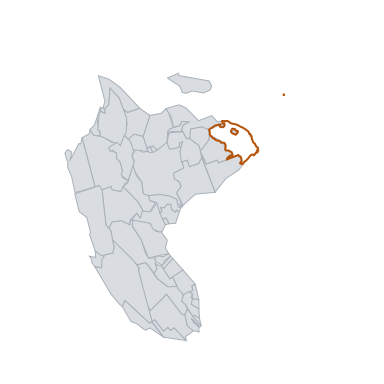 Africa, with South Africa highlighted, rotated 252°
{"feature_id": "ZAF", "entity_name": "South Africa", "entity_type": "country or territory", "adm_level": 0, "iso_a3": "ZAF", "parent_name": "Africa", "parent_adm1": "", "projection": "albers", "projection_center": [25.295, -34.555], "detail": "fine", "context": "in_parent", "style": "outline", "palette": "amber", "viewbox_px": 384, "rotation_deg": 252, "n_neighbors": 49, "source": "natural_earth", "source_scale": "50m", "svg_char_len": 14658}
<svg xmlns="http://www.w3.org/2000/svg" viewBox="0 0 384 384"><g transform="rotate(252 192 192)"><path d="M259.9,162.6L277.9,175.6L276.3,186.9L279.4,193.0L276.4,194.3L259.4,194.3L257.2,187.6L247.0,183.7L243.4,178.0L242.6,171.9L247.9,168.8L247.0,162.3L259.9,162.6Z" fill="#d9dde1" stroke="#a8b0b8" stroke-width="1"/><path d="M81.1,114.0L82.2,117.1L68.6,121.9L70.8,127.2L67.1,128.9L68.5,133.1L52.5,140.6L62.6,120.2L81.1,114.0Z" fill="#d9dde1" stroke="#a8b0b8" stroke-width="1"/><path d="M242.6,171.9L247.0,183.7L240.0,183.9L238.5,193.9L242.6,195.2L242.8,198.6L234.4,193.2L217.4,191.7L215.5,180.2L209.7,179.4L206.1,182.8L200.7,183.4L196.2,177.2L181.5,178.5L186.1,174.1L189.7,175.1L194.4,170.3L199.6,160.8L202.1,147.6L205.5,145.1L217.0,147.3L229.4,143.8L236.1,143.9L240.1,146.7L245.1,146.0L250.3,152.9L245.2,157.2L242.6,171.9Z" fill="#d9dde1" stroke="#a8b0b8" stroke-width="1"/><path d="M287.7,168.2L287.5,155.2L292.5,151.9L303.6,151.8L316.1,146.1L300.7,139.8L297.0,135.4L299.7,133.5L305.0,137.2L331.5,138.9L324.9,147.9L313.6,156.1L287.7,168.2Z" fill="#d9dde1" stroke="#a8b0b8" stroke-width="1"/><path d="M277.9,175.6L259.9,162.6L264.8,154.9L261.5,148.0L266.8,145.0L277.0,151.5L291.3,152.6L287.5,155.2L287.7,168.2L277.9,175.6Z" fill="#d9dde1" stroke="#a8b0b8" stroke-width="1"/><path d="M225.2,135.7L222.2,134.6L220.8,133.9L221.1,130.9L214.4,124.5L218.7,116.6L222.2,116.7L221.9,106.1L226.8,106.0L226.8,101.4L277.6,104.2L279.2,112.4L282.9,114.4L276.1,116.1L272.8,124.2L264.0,131.0L262.4,136.0L258.2,126.3L252.2,132.3L246.9,130.7L242.7,132.9L233.9,132.5L227.2,130.3L222.5,134.7L225.2,135.7Z" fill="#d9dde1" stroke="#a8b0b8" stroke-width="1"/><path d="M221.9,107.1L222.2,116.7L218.7,116.6L214.4,124.5L218.3,128.2L199.2,137.7L188.8,139.8L183.0,134.7L188.8,133.0L184.5,124.7L179.9,122.6L186.3,116.2L188.2,107.0L183.1,101.7L187.4,100.0L221.9,107.1Z" fill="#d9dde1" stroke="#a8b0b8" stroke-width="1"/><path d="M238.5,248.9L235.9,254.0L232.9,251.8L236.0,248.5L238.5,248.9Z" fill="#d9dde1" stroke="#a8b0b8" stroke-width="1"/><path d="M246.1,227.4L236.5,224.5L228.0,212.4L233.6,213.1L244.3,205.7L252.4,210.0L251.0,221.4L246.1,227.4Z" fill="#d9dde1" stroke="#a8b0b8" stroke-width="1"/><path d="M240.7,226.6L229.1,237.3L222.2,236.7L217.3,241.6L215.2,242.0L212.0,235.4L211.5,226.0L214.5,225.7L214.1,214.3L228.0,212.4L236.5,224.5L240.7,226.6Z" fill="#d9dde1" stroke="#a8b0b8" stroke-width="1"/><path d="M211.5,226.0L212.6,247.5L208.7,249.6L203.8,246.8L202.5,248.6L198.8,244.0L194.3,228.2L184.6,213.9L227.4,211.9L214.1,214.3L214.5,225.7L211.5,226.0Z" fill="#d9dde1" stroke="#a8b0b8" stroke-width="1"/><path d="M61.1,156.6L56.6,155.5L60.5,149.0L66.3,146.2L77.4,147.1L81.9,151.3L62.5,159.4L61.1,157.8L72.0,152.3L61.1,156.6Z" fill="#d9dde1" stroke="#a8b0b8" stroke-width="1"/><path d="M81.9,151.3L77.4,147.1L78.6,144.6L102.5,136.1L92.1,116.0L98.4,113.9L135.0,116.9L135.4,118.4L139.9,117.2L139.1,126.3L120.6,132.2L110.0,139.1L106.9,148.4L97.0,152.1L91.1,148.4L87.5,150.9L81.9,151.3Z" fill="#d9dde1" stroke="#a8b0b8" stroke-width="1"/><path d="M52.5,140.6L68.5,133.1L67.1,128.9L70.8,127.2L68.6,121.9L82.2,117.1L81.1,114.0L98.4,113.9L92.1,116.0L102.5,136.1L78.6,144.6L77.4,147.1L66.3,146.2L59.5,150.3L56.5,141.2L52.5,140.6Z" fill="#d9dde1" stroke="#a8b0b8" stroke-width="1"/><path d="M140.6,150.8L137.6,151.8L135.0,144.2L130.7,141.6L137.8,135.2L142.4,138.2L139.4,144.8L140.6,150.8Z" fill="#d9dde1" stroke="#a8b0b8" stroke-width="1"/><path d="M183.1,101.7L188.2,107.0L186.3,116.2L179.9,122.6L184.5,124.7L183.0,127.0L178.3,124.7L162.1,129.0L147.3,128.9L142.1,130.9L141.1,136.0L130.2,135.3L126.4,130.9L139.1,126.3L139.9,117.2L170.8,101.7L180.2,102.8L183.1,101.7Z" fill="#d9dde1" stroke="#a8b0b8" stroke-width="1"/><path d="M140.6,150.8L143.0,130.1L162.1,129.0L178.3,124.7L184.7,127.9L175.1,142.6L165.6,145.5L163.5,150.5L153.9,153.6L146.9,149.4L140.6,150.8Z" fill="#d9dde1" stroke="#a8b0b8" stroke-width="1"/><path d="M184.2,125.9L188.8,133.0L183.0,134.7L189.3,139.0L186.4,147.4L192.8,155.3L169.0,156.6L163.6,151.2L164.2,148.4L168.8,143.4L175.1,142.6L184.2,125.9Z" fill="#d9dde1" stroke="#a8b0b8" stroke-width="1"/><path d="M130.9,140.1L137.6,151.8L134.7,153.1L127.3,141.8L130.9,140.1Z" fill="#d9dde1" stroke="#a8b0b8" stroke-width="1"/><path d="M127.4,140.9L134.7,153.1L120.6,159.4L115.9,144.1L127.4,140.9Z" fill="#d9dde1" stroke="#a8b0b8" stroke-width="1"/><path d="M97.0,152.1L103.7,149.0L117.3,147.3L120.6,159.4L103.2,166.6L102.6,162.9L98.1,162.3L97.0,152.1Z" fill="#d9dde1" stroke="#a8b0b8" stroke-width="1"/><path d="M73.5,154.2L87.5,150.9L91.1,148.4L97.0,152.1L98.2,158.7L95.1,160.9L92.0,158.5L89.4,160.0L85.5,156.6L78.7,162.5L69.6,160.1L73.5,154.2Z" fill="#d9dde1" stroke="#a8b0b8" stroke-width="1"/><path d="M62.5,159.4L73.5,154.2L74.0,156.1L69.6,160.1L62.5,159.4Z" fill="#d9dde1" stroke="#a8b0b8" stroke-width="1"/><path d="M97.7,158.9L98.1,162.3L102.6,162.9L103.2,166.6L87.4,165.2L90.4,159.5L95.1,160.9L97.7,158.9Z" fill="#d9dde1" stroke="#a8b0b8" stroke-width="1"/><path d="M78.7,162.5L85.5,156.6L90.4,159.5L87.4,165.2L78.7,162.5Z" fill="#d9dde1" stroke="#a8b0b8" stroke-width="1"/><path d="M106.9,148.4L109.1,140.0L120.6,132.2L126.4,130.9L130.2,135.3L134.9,134.8L130.9,140.1L115.9,144.1L117.3,147.3L106.9,148.4Z" fill="#d9dde1" stroke="#a8b0b8" stroke-width="1"/><path d="M236.1,143.9L224.6,144.2L217.0,147.3L205.5,145.1L201.9,149.5L196.8,149.3L192.9,153.7L186.1,145.5L188.8,139.8L199.2,137.7L218.3,128.2L220.8,133.9L236.1,143.9Z" fill="#d9dde1" stroke="#a8b0b8" stroke-width="1"/><path d="M201.9,149.5L199.6,160.8L194.4,170.3L189.7,175.1L182.5,174.3L180.2,176.4L176.9,173.7L179.4,171.7L177.8,170.0L181.5,167.1L186.8,168.0L188.0,164.5L185.4,160.8L186.7,157.4L182.9,157.5L181.8,154.9L192.8,155.3L196.8,149.3L201.9,149.5Z" fill="#d9dde1" stroke="#a8b0b8" stroke-width="1"/><path d="M175.1,155.8L181.4,154.8L182.9,157.5L186.7,157.4L185.4,160.8L188.0,164.5L186.8,168.0L181.5,167.1L177.8,170.0L179.4,171.7L176.9,173.7L167.3,166.7L168.9,160.3L175.6,159.1L175.1,155.8Z" fill="#d9dde1" stroke="#a8b0b8" stroke-width="1"/><path d="M169.0,156.6L175.1,155.8L175.6,159.1L168.9,160.3L169.0,156.6Z" fill="#d9dde1" stroke="#a8b0b8" stroke-width="1"/><path d="M247.0,183.7L255.4,188.3L252.6,200.6L254.3,201.5L244.1,203.5L244.3,205.7L233.6,213.1L221.4,211.8L217.0,207.3L216.8,197.3L223.8,197.2L223.3,191.1L234.4,193.2L242.8,198.6L242.6,195.2L238.5,193.9L239.0,185.8L241.0,183.6L247.0,183.7Z" fill="#d9dde1" stroke="#a8b0b8" stroke-width="1"/><path d="M253.9,186.8L258.9,190.1L258.8,200.7L262.3,204.2L259.5,210.9L258.2,203.9L252.6,200.6L256.0,190.9L253.9,186.8Z" fill="#d9dde1" stroke="#a8b0b8" stroke-width="1"/><path d="M259.4,194.3L269.2,195.5L279.4,193.0L278.9,206.6L273.7,212.3L257.8,220.3L258.5,234.4L250.9,237.8L250.0,242.3L247.8,242.1L246.1,227.4L251.0,221.4L252.4,210.0L244.5,206.9L244.1,203.5L254.3,201.5L258.2,203.9L259.5,210.9L262.3,204.2L258.8,200.7L259.4,194.3Z" fill="#d9dde1" stroke="#a8b0b8" stroke-width="1"/><path d="M247.8,242.1L245.4,243.7L243.8,241.9L245.0,238.6L247.8,242.1Z" fill="#d9dde1" stroke="#a8b0b8" stroke-width="1"/><path d="M180.2,176.4L182.8,175.9L181.5,178.5L180.2,176.4ZM182.1,179.3L196.2,177.2L200.7,183.4L206.1,182.8L209.7,179.4L215.5,180.2L217.4,191.7L223.7,192.0L223.8,197.2L216.8,197.3L217.0,207.3L221.4,211.8L184.6,213.9L188.9,194.4L182.1,179.3Z" fill="#d9dde1" stroke="#a8b0b8" stroke-width="1"/><path d="M247.0,166.0L247.9,168.8L242.6,171.9L241.7,167.0L247.0,166.0Z" fill="#d9dde1" stroke="#a8b0b8" stroke-width="1"/><path d="M308.0,203.9L309.1,215.9L306.8,215.4L292.4,242.5L287.0,243.5L283.4,240.8L282.7,233.4L288.0,223.4L287.7,216.8L289.9,213.4L296.1,213.2L308.0,203.9Z" fill="#d9dde1" stroke="#a8b0b8" stroke-width="1"/><path d="M61.1,157.8L67.0,153.3L72.0,152.3L61.1,157.8Z" fill="#d9dde1" stroke="#a8b0b8" stroke-width="1"/><path d="M157.7,88.6L147.8,82.6L150.9,76.5L155.7,75.0L158.9,75.7L162.7,74.5L159.5,80.2L165.8,81.7L157.7,88.6Z" fill="#d9dde1" stroke="#a8b0b8" stroke-width="1"/><path d="M81.1,114.0L80.1,111.1L109.6,94.7L104.3,90.3L108.3,88.1L119.7,83.5L150.9,76.5L147.8,82.6L155.3,85.3L159.4,90.2L158.4,97.6L163.2,100.7L170.8,101.7L145.5,114.9L135.4,118.4L135.0,116.9L81.1,114.0Z" fill="#d9dde1" stroke="#a8b0b8" stroke-width="1"/><path d="M273.7,122.1L276.1,116.1L282.9,114.4L285.8,119.9L300.0,130.3L297.0,130.2L288.4,123.8L273.7,122.1Z" fill="#d9dde1" stroke="#a8b0b8" stroke-width="1"/><path d="M62.6,120.2L75.6,110.2L75.0,104.8L84.2,98.4L87.5,94.0L104.3,90.3L109.6,94.7L80.1,111.1L81.0,113.4L62.6,120.2Z" fill="#d9dde1" stroke="#a8b0b8" stroke-width="1"/><path d="M277.6,104.2L226.8,101.4L227.5,80.6L244.3,82.3L253.6,81.3L257.9,82.9L268.2,83.1L270.8,86.9L267.1,90.1L259.3,85.4L273.0,99.3L272.1,101.0L277.6,104.2Z" fill="#d9dde1" stroke="#a8b0b8" stroke-width="1"/><path d="M226.4,79.9L226.8,106.0L221.9,107.1L187.4,100.0L180.2,102.8L163.2,100.7L158.4,97.6L159.5,86.2L165.8,81.7L182.9,81.4L185.1,83.0L200.3,84.1L208.0,78.7L226.4,79.9Z" fill="#d9dde1" stroke="#a8b0b8" stroke-width="1"/><path d="M316.1,146.1L303.6,151.8L282.4,152.7L269.8,148.2L258.2,138.1L273.7,122.1L278.4,123.2L279.9,121.5L294.4,127.4L297.0,130.2L294.0,133.6L298.0,134.6L300.7,139.8L316.1,146.1Z" fill="#d9dde1" stroke="#a8b0b8" stroke-width="1"/><path d="M297.0,130.2L300.8,131.3L298.0,134.6L294.0,133.6L297.0,130.2Z" fill="#d9dde1" stroke="#a8b0b8" stroke-width="1"/><path d="M259.9,162.6L243.9,162.7L250.8,148.5L261.5,148.0L263.1,150.1L264.8,154.9L259.9,162.6Z" fill="#d9dde1" stroke="#a8b0b8" stroke-width="1"/><path d="M247.0,162.3L248.1,165.7L241.7,167.0L242.8,163.5L247.0,162.3Z" fill="#d9dde1" stroke="#a8b0b8" stroke-width="1"/><path d="M249.2,149.2L245.1,146.0L238.4,146.3L222.5,134.7L230.0,130.0L233.9,132.5L242.7,132.9L246.9,130.7L252.2,132.3L256.6,129.2L255.5,126.8L260.1,126.6L262.4,136.0L258.2,138.1L266.8,145.0L259.0,149.1L249.2,149.2Z" fill="#d9dde1" stroke="#a8b0b8" stroke-width="1"/><path d="M240.5,226.9L241.4,226.8L242.2,226.9L243.0,227.3L243.8,227.5L244.6,227.4L245.2,227.4L245.7,227.5L246.1,227.7L246.3,227.9L246.3,228.0L246.5,228.6L246.7,229.3L246.8,229.9L246.9,230.7L246.9,231.2L246.9,231.4L247.1,231.6L247.3,232.0L247.3,232.3L247.6,232.8L247.7,233.3L247.8,233.9L248.0,234.2L248.0,234.4L248.0,234.7L248.0,235.2L247.9,235.9L247.9,236.6L247.9,237.3L247.8,237.6L247.8,238.5L247.6,238.9L247.6,239.3L247.6,239.5L247.4,239.6L246.7,239.2L246.1,238.7L245.8,238.7L245.5,239.0L245.1,239.4L244.9,239.8L244.6,240.2L244.2,240.8L244.1,241.5L244.1,241.9L244.1,242.0L244.3,242.1L244.5,242.5L244.8,243.1L245.4,243.6L245.9,243.8L246.7,243.9L247.3,243.9L247.3,243.5L247.4,242.8L247.6,242.3L247.8,242.4L248.1,242.4L248.6,242.5L249.0,242.6L249.3,242.6L249.8,242.6L250.1,242.6L250.0,243.4L249.5,244.5L249.3,245.0L248.8,247.0L248.3,247.9L248.0,248.3L247.2,249.0L246.8,249.2L246.5,249.2L245.1,250.6L244.6,251.3L244.2,252.3L243.7,252.8L243.1,254.0L242.5,254.9L241.9,255.7L241.0,256.8L240.6,257.1L240.3,257.2L239.6,257.9L238.6,258.9L237.8,259.9L236.7,260.9L236.0,261.4L235.0,262.3L234.7,262.4L233.6,263.3L232.9,263.8L231.6,264.4L231.1,264.5L229.9,264.4L229.4,264.5L229.0,264.8L229.0,265.4L228.8,265.4L228.5,265.4L227.7,265.2L227.3,265.2L227.0,265.5L226.8,265.9L226.2,265.9L225.1,265.5L223.8,265.3L223.5,265.3L222.8,265.6L222.6,265.6L221.7,265.6L221.2,265.4L220.7,265.5L220.3,265.6L219.9,265.7L218.7,266.7L218.1,266.7L217.5,266.9L217.3,266.9L216.8,266.8L216.6,266.8L216.3,266.9L216.0,267.0L215.4,267.2L215.1,267.3L214.1,268.3L213.8,268.3L213.6,268.2L213.0,268.2L212.3,267.8L212.1,267.8L212.2,267.7L212.2,267.4L212.0,267.2L211.9,267.2L211.7,267.2L211.1,267.0L210.8,267.1L210.8,266.9L210.8,266.7L210.7,266.2L210.4,266.1L210.1,266.2L209.9,266.3L209.8,266.5L209.8,267.1L209.7,266.9L209.5,266.6L209.4,266.2L209.4,265.8L209.7,265.6L209.7,265.3L209.6,265.0L209.2,264.4L209.1,264.1L208.8,263.9L208.5,263.4L208.3,263.2L208.2,262.9L207.9,262.6L207.8,262.2L207.9,261.9L208.1,261.8L208.3,262.0L208.6,261.9L208.9,261.5L209.0,261.0L209.0,260.3L208.9,259.8L208.6,258.6L208.4,258.3L207.7,257.4L206.9,256.3L205.9,254.5L205.3,253.4L204.5,251.1L203.8,249.9L202.9,248.8L202.8,248.7L203.3,248.2L203.5,248.1L203.7,247.9L203.7,247.7L203.8,247.4L203.9,247.0L204.1,246.8L204.4,246.6L204.7,246.8L204.8,246.9L204.9,247.1L205.0,247.2L205.3,247.3L205.4,247.6L205.4,247.8L205.4,248.1L205.5,248.3L205.6,248.5L206.2,248.8L206.4,248.9L206.8,248.9L207.2,249.0L207.6,249.1L208.2,249.2L209.0,249.0L209.7,249.0L210.2,249.2L210.6,249.2L210.8,249.0L210.9,248.9L210.9,248.6L211.0,248.5L211.3,248.4L211.5,248.2L211.6,247.9L212.0,247.7L212.6,247.5L212.9,247.4L212.8,247.0L212.8,245.5L212.7,244.1L212.6,242.6L212.5,241.2L212.5,239.7L212.4,238.3L212.3,236.8L212.2,235.4L212.4,235.5L213.4,236.2L213.6,236.6L213.8,236.8L214.2,237.7L214.5,238.5L214.8,239.0L214.8,239.3L214.9,239.6L214.9,239.8L214.8,240.2L214.6,240.4L214.4,240.8L214.4,241.2L214.5,241.8L214.6,242.0L214.8,242.1L215.2,241.9L215.4,242.0L215.8,242.1L216.9,242.0L217.0,242.0L217.4,242.0L217.6,242.0L217.7,241.8L217.8,241.5L218.0,241.4L218.5,241.3L218.7,241.1L219.0,240.4L219.8,239.9L220.0,239.7L220.3,239.4L220.5,238.6L220.7,238.1L220.7,237.8L220.9,237.3L221.1,237.0L221.3,236.9L221.7,236.8L222.0,236.7L222.4,236.8L222.8,236.9L223.3,237.2L223.7,237.6L223.9,237.7L224.1,237.8L224.5,237.8L224.8,237.8L225.2,238.2L225.4,238.2L225.9,238.3L226.4,238.4L226.8,238.4L227.2,238.2L227.5,238.2L227.8,238.2L228.2,238.2L228.5,238.1L228.7,237.9L228.9,237.7L229.1,237.2L229.3,236.7L229.5,236.2L229.7,235.6L229.8,235.1L229.9,234.9L230.3,234.8L230.5,234.7L231.3,234.5L231.5,234.4L231.7,234.2L232.0,233.8L232.4,233.5L232.7,233.3L233.1,231.8L233.2,231.6L233.5,231.2L233.8,231.0L233.9,230.9L234.2,230.7L234.4,230.6L234.7,230.5L234.9,230.4L235.0,230.2L235.4,230.1L235.5,230.0L235.5,229.8L235.7,229.7L235.9,229.6L236.1,229.5L236.1,229.3L236.4,229.0L236.9,228.4L237.5,228.1L238.0,228.0L238.4,227.9L238.9,227.8L239.2,227.5L239.4,227.1L239.8,226.9L240.5,226.9ZM237.7,252.6L238.2,252.4L238.4,252.3L238.6,252.2L238.8,252.1L238.8,251.7L238.9,251.4L239.1,251.2L239.3,250.9L239.5,250.5L239.6,250.1L239.6,249.8L239.5,249.6L239.4,249.4L239.1,249.2L238.8,248.9L238.5,248.6L238.2,248.3L238.1,248.2L237.8,248.0L237.7,247.8L237.6,247.7L237.4,247.7L237.1,247.7L236.4,248.0L236.0,248.2L235.6,248.5L235.3,248.6L235.0,248.7L234.8,249.1L234.6,249.4L234.4,249.7L234.3,249.8L234.2,249.9L234.1,250.1L233.9,250.4L233.7,250.6L233.1,250.9L233.0,251.1L233.1,251.4L233.2,251.7L233.4,252.0L233.5,252.2L233.7,252.5L233.8,252.7L233.8,253.0L234.0,253.3L234.2,253.5L234.4,253.6L234.5,253.7L234.7,254.0L234.9,254.2L235.3,254.3L235.7,254.4L235.8,254.3L235.9,254.2L236.0,254.0L236.0,253.7L236.5,253.0L236.7,252.8L236.9,252.7L237.0,252.7L237.3,252.7L237.5,252.7L237.7,252.6ZM256.4,309.5L255.9,309.4L256.0,309.1L256.3,309.1L256.5,309.3L256.4,309.5Z" fill="none" stroke="#b45309" stroke-width="2"/></g></svg>